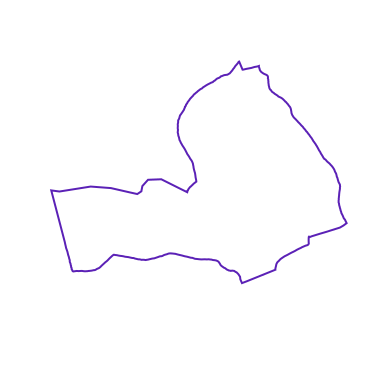 Mbacke, Diourbel, Senegal, rotated 158°
{"feature_id": "50182788B63857747785645", "entity_name": "Mbacke", "entity_type": "district", "adm_level": 2, "iso_a3": "SEN", "parent_name": "Senegal", "parent_adm1": "Diourbel", "projection": "orthographic", "projection_center": [-15.86, 14.756], "detail": "fine", "context": "isolated", "style": "outline", "palette": "violet", "viewbox_px": 384, "rotation_deg": 158, "n_neighbors": 0, "source": "geoboundaries", "source_scale": "gbopen_adm2", "svg_char_len": 5923}
<svg xmlns="http://www.w3.org/2000/svg" viewBox="0 0 384 384"><g transform="rotate(158 192 192)"><path d="M82.8,283.8L84.4,283.9L87.2,284.5L90.5,284.8L95.5,285.8L98.8,286.3L99.3,286.5L99.4,295.3L99.5,295.3L100.0,295.2L100.3,295.0L100.7,294.6L103.1,293.3L104.0,292.9L104.9,292.4L106.4,291.3L107.6,290.7L109.2,289.6L110.6,288.9L111.7,288.3L112.5,287.9L115.2,287.5L116.8,287.9L118.4,288.3L119.5,288.3L120.9,288.3L122.0,288.4L122.7,288.0L124.4,287.7L126.0,287.8L127.1,287.5L128.0,287.2L129.0,286.8L130.4,286.6L131.6,286.1L133.4,286.2L134.0,286.1L137.4,285.8L139.3,285.5L141.2,285.1L142.2,285.0L144.0,284.3L145.6,284.2L147.0,283.8L148.8,283.3L150.3,282.7L151.2,282.5L152.5,282.0L153.7,281.7L155.1,280.8L156.3,280.3L158.9,279.1L160.0,278.3L162.6,276.8L163.3,276.0L164.7,275.3L165.5,274.2L166.6,273.7L166.9,273.0L167.8,272.3L168.5,271.4L169.9,270.4L171.2,269.5L172.3,268.8L173.3,268.1L174.4,267.5L175.5,266.1L176.3,265.0L177.1,264.3L178.0,263.6L178.9,261.5L179.7,260.4L180.0,259.7L180.4,258.4L180.9,257.5L181.5,256.0L181.7,254.9L182.4,253.6L183.0,252.4L183.1,251.1L183.5,249.7L183.6,248.9L183.6,247.7L183.9,245.9L184.1,244.9L183.9,243.4L183.9,241.8L183.7,240.7L183.5,238.9L183.1,237.0L182.7,234.9L182.5,233.2L182.2,229.9L182.1,228.6L181.8,227.6L181.4,225.5L181.2,223.6L180.9,222.5L180.6,221.1L180.5,220.0L180.5,218.1L180.9,216.3L181.0,215.5L181.5,213.6L181.7,212.3L182.0,209.9L182.1,208.5L182.5,206.8L182.8,205.6L183.2,204.2L183.4,203.0L183.7,201.4L184.1,200.0L185.3,199.7L186.5,199.3L187.4,199.1L188.4,198.6L190.0,198.0L190.9,197.6L192.2,197.2L194.5,195.8L195.1,195.1L196.0,194.8L196.0,194.3L196.5,193.6L202.9,200.8L215.7,215.3L228.2,219.8L235.8,216.1L238.7,211.6L243.5,210.6L250.2,215.2L265.7,226.0L283.9,235.0L314.7,242.1L321.9,246.2L328.4,195.6L328.7,193.2L329.1,191.0L329.4,188.9L329.7,187.4L329.8,184.9L329.9,183.1L330.2,181.3L330.4,179.9L330.5,178.0L330.8,176.2L330.9,174.6L331.5,173.0L331.5,170.9L331.8,169.8L331.8,168.8L332.2,167.7L332.1,166.5L332.5,165.6L332.3,164.2L332.3,163.3L331.8,162.8L330.6,162.5L328.5,162.0L326.7,161.1L325.1,160.6L323.5,160.0L322.5,159.4L321.6,158.9L320.4,158.4L319.3,158.0L318.7,157.8L317.7,157.6L316.8,157.3L315.7,157.0L314.6,156.7L312.2,156.3L311.4,156.0L310.5,156.0L308.9,156.3L307.7,156.3L306.9,156.3L306.1,156.5L305.3,156.7L303.5,157.5L300.3,158.7L298.5,159.4L297.3,159.7L295.9,160.2L294.4,160.9L292.8,161.6L291.4,162.1L290.7,162.4L289.8,162.7L288.9,163.0L287.9,163.1L287.1,162.5L285.2,161.5L284.1,160.7L282.5,159.7L281.0,158.9L279.7,158.1L278.2,157.0L276.9,156.3L275.3,155.4L273.3,154.0L272.1,153.2L270.8,152.6L270.0,151.8L267.0,149.7L266.0,149.3L264.8,148.5L264.0,147.9L263.2,147.7L261.8,147.1L261.2,146.7L260.3,146.2L259.4,146.1L258.3,145.8L256.7,145.6L255.4,145.4L254.0,145.2L253.1,145.0L251.7,144.6L251.1,144.6L247.5,144.4L246.4,144.4L245.5,144.3L244.4,143.9L243.3,143.8L241.9,144.0L241.0,144.0L240.1,143.9L239.2,143.8L238.6,143.7L237.6,143.7L236.9,143.7L236.0,143.5L234.5,143.0L234.3,142.8L233.4,142.4L230.6,140.9L228.4,139.2L225.1,136.9L222.9,135.2L220.9,133.9L217.7,131.5L216.3,130.8L214.2,128.9L212.8,128.2L210.4,126.9L208.6,126.0L205.3,124.8L203.4,123.9L201.8,123.4L200.4,122.6L199.2,122.0L198.1,121.1L196.4,120.2L195.2,119.4L194.2,118.4L193.5,117.4L193.3,116.4L193.0,115.2L192.9,113.8L192.6,112.9L192.0,111.8L191.4,110.9L190.9,110.0L190.1,109.3L189.4,108.2L188.8,107.1L187.9,106.2L187.2,105.4L186.1,104.8L185.6,104.3L184.3,104.1L182.4,103.0L181.5,101.5L180.8,100.9L179.8,98.5L179.2,95.4L179.9,92.9L179.8,88.8L174.8,88.7L143.8,88.7L143.7,89.2L142.8,90.6L142.0,91.7L141.4,92.6L140.8,93.5L140.0,94.2L139.3,94.8L138.4,95.2L137.3,95.6L136.1,96.2L134.9,96.7L132.3,97.3L131.2,97.5L130.4,97.7L129.0,97.8L126.7,98.0L125.2,98.2L122.5,98.5L120.6,98.6L118.4,98.8L116.6,99.1L114.4,99.3L112.0,99.4L110.7,99.6L106.9,99.7L105.1,99.5L104.3,99.6L103.9,99.7L103.6,99.9L103.3,100.2L103.0,100.5L102.8,101.2L102.6,101.8L102.3,102.6L102.0,103.4L101.7,104.1L101.4,104.9L101.0,105.6L100.7,106.4L100.4,106.7L100.2,106.8L99.6,106.1L97.5,106.1L94.0,105.8L89.2,105.4L83.2,104.8L70.7,103.8L68.2,103.6L64.1,104.2L60.3,105.2L60.5,107.9L60.5,108.7L60.7,109.6L61.1,110.6L61.1,111.7L61.1,113.2L61.2,114.8L61.4,116.4L61.2,117.3L61.1,119.5L60.9,120.5L60.8,121.9L60.6,123.0L60.5,124.3L60.3,125.3L60.0,126.3L60.0,127.3L59.6,128.3L59.2,129.3L58.6,130.3L58.4,131.0L57.8,132.0L57.4,132.9L56.9,133.7L56.6,134.4L55.5,136.5L54.9,137.5L54.2,138.6L53.6,139.6L53.2,140.7L52.6,141.6L52.4,142.5L52.1,143.5L52.2,144.7L52.4,146.3L52.1,149.2L51.9,150.5L52.0,151.9L51.7,153.5L51.5,155.1L51.7,156.6L51.8,157.5L51.7,158.8L51.8,160.1L52.2,162.2L52.5,163.2L52.8,164.2L53.3,165.3L53.7,166.6L54.2,167.6L54.9,168.9L55.3,169.7L55.9,171.5L56.2,172.3L56.9,173.0L57.1,174.0L57.4,174.8L57.4,175.7L57.6,176.8L57.8,178.1L58.1,179.4L58.1,180.6L58.3,181.8L58.6,183.1L58.8,185.5L59.0,186.7L59.0,187.4L59.2,188.2L59.4,189.3L59.5,190.2L59.7,190.9L60.1,192.7L60.4,193.6L60.5,194.7L60.7,195.6L60.8,196.5L61.0,197.5L61.3,198.4L61.8,200.4L61.9,201.2L62.3,202.2L62.6,203.4L62.9,204.7L63.3,205.4L63.6,206.7L63.8,207.6L64.1,208.3L64.6,209.7L64.8,210.8L65.2,211.7L65.7,212.8L66.3,214.6L66.6,215.3L67.0,216.3L67.4,217.1L67.6,218.0L68.2,219.3L68.3,219.8L68.6,220.5L69.3,222.1L69.7,223.1L69.9,223.9L70.0,224.7L70.2,225.6L70.2,226.9L70.2,227.8L69.9,228.9L69.6,230.2L69.5,230.8L69.3,231.6L69.2,232.8L69.3,234.2L69.8,235.6L70.3,237.8L70.7,238.6L71.1,240.1L71.7,241.0L71.9,241.8L72.3,242.7L72.9,244.1L73.4,245.0L74.1,246.0L75.0,247.0L75.7,247.7L76.2,248.3L76.6,249.4L77.1,250.0L77.4,250.5L78.2,251.6L78.7,252.3L79.0,253.1L79.5,253.8L80.0,254.5L80.4,255.3L80.5,256.1L80.7,257.0L81.1,257.6L81.3,258.7L81.3,259.7L81.1,260.5L81.0,261.4L80.9,262.2L80.6,263.1L80.4,264.0L80.2,264.9L79.8,265.7L79.5,266.9L79.1,267.9L79.1,268.9L78.7,269.6L78.4,270.5L78.4,271.3L78.7,272.1L79.1,272.7L80.5,274.1L81.4,275.1L82.8,277.3L83.1,278.2L83.3,279.1L83.4,280.0L83.2,280.6L83.2,281.4L83.1,282.0L83.1,282.7L83.0,283.4L82.8,283.8Z" fill="none" stroke="#5b21b6" stroke-width="2"/></g></svg>